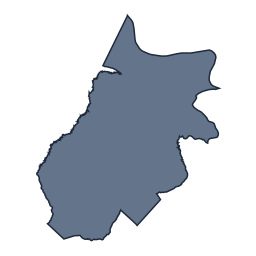 the district of Baradero, Buenos Aires, Argentina
{"feature_id": "61730980B8735430115634", "entity_name": "Baradero", "entity_type": "district", "adm_level": 2, "iso_a3": "ARG", "parent_name": "Argentina", "parent_adm1": "Buenos Aires", "projection": "natural_earth1", "projection_center": [-59.554, -33.906], "detail": "fine", "context": "isolated", "style": "filled", "palette": "slate", "viewbox_px": 256, "rotation_deg": 0, "n_neighbors": 0, "source": "geoboundaries", "source_scale": "gbopen_adm2", "svg_char_len": 5725}
<svg xmlns="http://www.w3.org/2000/svg" viewBox="0 0 256 256"><path d="M185.4,166.4L185.2,166.2L184.0,163.9L183.6,163.8L183.7,162.4L183.4,162.2L183.3,161.8L182.5,161.6L181.5,159.9L182.8,159.8L181.9,158.6L182.1,157.4L181.5,156.9L181.0,155.5L180.6,155.2L180.4,153.7L180.1,153.5L180.4,153.0L180.2,152.5L180.5,151.0L180.2,150.2L179.5,149.9L179.9,149.3L179.6,148.9L178.7,149.0L178.7,148.7L179.1,148.3L179.0,148.0L178.2,148.0L177.9,147.8L178.9,147.8L178.6,147.2L179.0,146.8L178.6,146.3L178.9,146.2L179.3,146.4L179.4,146.1L179.2,145.7L178.3,145.9L178.5,145.3L178.1,145.2L177.7,144.7L178.0,143.6L177.2,143.1L178.5,142.6L177.7,142.2L177.8,141.7L177.3,141.1L177.3,140.5L177.6,140.1L178.3,139.9L178.9,138.9L179.5,136.4L179.8,136.9L181.0,137.1L182.5,136.1L183.9,138.4L185.7,138.8L187.2,138.0L188.6,136.0L190.4,135.8L192.0,136.6L194.7,139.1L195.6,139.2L197.9,138.6L199.2,138.5L201.6,139.1L202.7,139.8L203.5,139.5L206.3,142.6L207.7,143.1L207.9,140.7L209.3,138.9L210.3,138.5L216.6,137.4L217.5,136.8L218.3,134.9L218.3,132.9L217.3,130.5L215.6,128.0L214.3,123.9L213.3,122.9L212.0,122.3L208.9,121.4L207.8,120.1L206.7,117.7L204.3,115.0L201.2,112.0L197.9,110.3L195.1,108.3L193.2,106.4L192.5,104.7L192.7,103.9L193.3,102.9L195.5,99.9L196.5,98.0L196.5,97.0L196.0,96.5L196.0,95.6L198.5,93.5L202.8,91.3L209.0,89.6L213.7,89.1L215.5,89.4L219.2,88.3L213.5,86.2L211.2,84.5L209.2,80.4L209.2,77.0L210.3,71.4L214.4,63.7L215.9,57.5L215.5,55.2L214.4,53.3L211.9,51.1L209.4,50.0L191.1,53.0L182.0,53.0L177.8,53.6L166.8,56.0L161.6,56.1L155.3,55.2L150.3,54.4L146.3,52.8L142.1,50.9L139.5,48.6L135.6,42.3L135.0,39.3L134.0,28.8L132.9,22.8L131.7,20.5L127.4,15.4L127.3,16.1L102.9,65.7L105.1,66.6L106.4,66.6L113.1,68.4L116.8,70.4L118.2,71.6L119.9,72.5L120.7,73.2L121.0,73.9L120.6,73.9L120.2,74.3L119.6,74.3L118.3,72.7L117.0,72.6L116.6,72.2L115.7,72.7L114.9,72.2L114.6,72.9L113.8,72.5L113.6,73.2L112.9,73.1L112.0,73.6L111.6,72.8L111.1,73.3L110.7,72.6L109.8,73.0L109.4,72.3L108.9,72.8L108.6,72.0L107.2,71.6L106.6,71.9L104.7,71.3L103.4,71.7L102.5,71.2L102.1,72.2L101.1,71.3L99.2,72.9L98.7,73.9L98.1,74.3L98.1,75.0L97.3,76.1L97.7,77.0L97.1,77.3L97.2,77.8L96.7,78.0L96.9,78.8L96.4,79.0L95.9,78.2L95.1,79.1L94.5,78.6L94.0,78.6L94.0,79.6L92.6,80.9L93.1,81.2L92.9,81.7L93.2,82.0L92.8,82.4L93.4,84.3L93.0,86.4L92.4,87.2L93.4,87.8L93.3,88.7L92.8,89.4L93.3,90.2L92.2,90.8L90.6,93.0L89.8,93.2L89.2,92.3L89.1,95.1L88.6,96.2L89.5,97.2L89.3,98.9L89.7,99.7L90.1,102.6L90.5,103.5L88.9,104.3L89.2,105.6L88.5,105.5L87.9,107.0L87.5,107.1L87.6,107.8L87.0,109.9L88.1,110.5L88.4,111.1L87.5,110.6L86.6,110.4L86.5,110.7L87.1,111.0L86.4,111.2L86.2,111.6L86.6,112.6L86.4,112.8L86.1,112.2L85.8,112.8L85.1,113.0L85.1,114.1L84.7,114.0L84.4,114.5L84.0,114.0L83.7,114.1L84.0,114.9L83.6,115.4L82.9,115.3L82.6,114.5L82.0,114.8L81.7,115.6L81.0,115.7L81.0,116.4L80.8,116.5L80.5,116.0L80.5,116.3L80.1,116.7L80.2,117.5L79.4,117.5L78.2,119.6L77.7,120.0L77.8,120.2L78.8,120.1L77.6,120.8L78.3,121.9L77.9,122.0L77.5,121.7L77.0,121.8L77.7,122.2L77.9,123.0L75.4,124.9L74.8,126.2L74.5,126.3L74.1,126.0L74.2,126.5L73.1,128.2L73.4,128.6L73.4,129.3L73.0,129.2L72.7,129.5L72.3,129.4L72.3,130.1L71.5,130.2L71.9,130.9L71.1,131.4L71.5,131.7L71.2,132.1L71.7,132.6L71.6,132.8L70.6,132.8L69.9,133.4L69.9,133.9L68.6,133.7L67.6,134.2L65.7,134.5L65.0,135.1L64.8,135.5L63.5,134.5L62.7,134.7L62.9,135.5L62.1,136.0L62.6,137.4L62.3,137.7L61.7,137.2L60.9,137.3L61.1,137.7L60.4,137.8L60.6,139.5L59.9,139.2L59.8,139.8L59.5,139.4L59.3,140.2L59.1,140.3L58.8,139.6L58.4,139.6L58.5,140.2L57.5,140.4L56.6,140.9L56.5,142.0L55.8,141.5L55.4,142.6L54.3,142.6L54.4,141.7L54.0,141.6L53.2,143.7L51.9,144.2L52.5,144.4L52.4,145.0L51.8,145.3L50.8,144.7L50.5,145.4L51.6,145.6L50.9,146.5L51.3,148.4L50.6,148.4L50.6,148.9L50.2,149.3L49.6,149.0L49.3,149.3L49.3,150.0L50.0,151.0L49.5,151.1L49.8,152.1L48.8,152.3L49.2,152.5L48.8,153.0L49.0,153.3L48.6,153.6L48.9,153.8L49.0,154.4L48.7,154.3L47.8,154.9L47.4,155.6L47.4,156.6L45.6,157.8L46.1,158.0L46.2,158.5L45.4,158.6L44.8,159.3L44.8,159.5L45.3,159.5L45.7,160.1L45.5,160.3L45.2,160.0L45.2,160.5L44.6,160.6L45.1,160.9L45.0,161.8L44.3,161.4L44.0,162.3L43.2,162.5L43.2,163.1L42.6,163.3L42.2,164.1L40.9,164.3L41.2,164.7L40.5,165.0L41.1,165.3L41.3,165.6L40.3,165.5L40.0,166.5L39.4,166.4L39.4,167.2L39.9,167.6L39.8,167.8L40.0,168.0L39.4,168.6L39.2,169.9L38.7,170.1L38.2,170.7L38.1,172.2L37.1,172.7L36.8,173.8L37.1,174.7L38.0,175.3L39.0,177.1L39.3,179.0L39.1,180.1L39.6,180.7L40.0,182.3L40.7,183.2L40.9,184.1L41.5,184.9L41.4,185.7L41.7,186.7L41.2,187.5L41.3,188.6L42.8,189.9L43.1,191.6L45.0,194.2L44.9,194.8L45.2,195.7L45.7,196.1L46.0,197.7L48.7,200.9L49.0,202.6L49.7,203.7L50.0,205.2L50.9,206.2L52.1,207.0L52.5,207.7L52.1,209.1L51.4,209.9L51.9,211.9L53.0,213.4L52.8,214.9L52.4,215.5L52.0,217.1L51.1,218.7L51.2,219.4L50.5,220.4L49.7,221.1L49.4,222.4L47.5,223.7L63.9,239.0L74.6,235.7L78.5,235.6L79.3,235.3L80.1,235.5L82.2,237.9L83.9,238.8L85.4,239.3L87.1,239.1L87.9,239.3L87.9,238.8L89.5,239.1L90.8,240.4L91.7,240.6L93.9,239.2L94.9,239.6L97.1,239.5L99.7,238.9L102.2,239.8L103.2,239.3L104.0,237.6L106.1,235.8L106.7,234.5L108.2,234.6L108.8,234.1L109.1,233.2L110.1,232.4L110.1,229.0L111.9,225.2L112.4,223.7L113.1,222.7L114.7,221.3L115.6,220.4L115.9,219.5L116.5,219.2L116.5,218.5L117.2,217.2L117.8,216.5L117.6,216.2L117.9,215.5L118.9,214.7L119.0,214.0L119.5,213.6L119.6,212.1L120.0,211.8L120.4,210.8L120.8,210.7L120.8,210.2L133.5,221.7L136.4,224.5L137.1,225.5L160.5,199.6L156.6,193.7L158.8,192.7L159.4,192.0L160.8,192.7L161.9,192.2L163.3,192.4L165.2,192.0L166.6,192.0L173.9,188.5L175.5,187.0L179.3,185.9L181.5,184.4L181.4,183.9L182.7,182.3L183.8,181.5L185.0,179.8L186.7,178.1L187.5,175.5L187.5,173.6L186.3,170.5L185.7,170.2L185.4,167.7L185.6,167.2L185.4,166.4Z" fill="#64748b" stroke="#1e293b" stroke-width="1.5"/></svg>